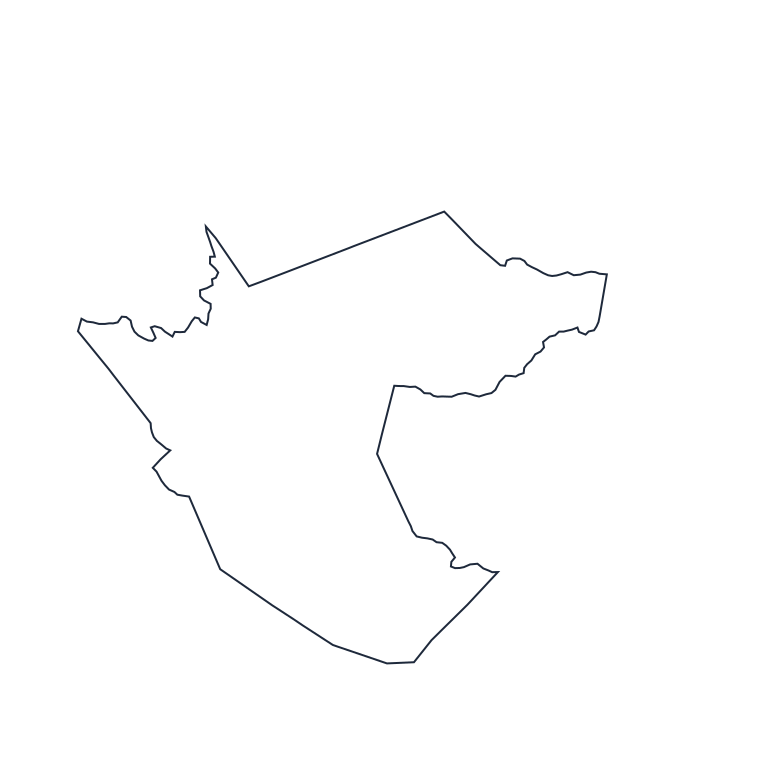 Coreaú, Ceará, Brazil (Mercator projection), rotated 232°
{"feature_id": "56859067B53706765399654", "entity_name": "Coreaú", "entity_type": "district", "adm_level": 2, "iso_a3": "BRA", "parent_name": "Brazil", "parent_adm1": "Ceará", "projection": "mercator", "projection_center": [-40.711, -3.684], "detail": "fine", "context": "isolated", "style": "outline", "palette": "slate", "viewbox_px": 768, "rotation_deg": 232, "n_neighbors": 0, "source": "geoboundaries", "source_scale": "gbopen_adm2", "svg_char_len": 2590}
<svg xmlns="http://www.w3.org/2000/svg" viewBox="0 0 768 768"><g transform="rotate(232 384 384)"><path d="M621.7,185.8L614.0,175.3L579.4,176.0L565.6,176.3L556.9,176.2L496.8,176.0L492.7,173.2L488.8,171.4L483.9,169.9L479.0,170.0L473.6,171.3L467.3,172.6L463.3,174.7L462.2,161.7L460.3,150.2L455.0,150.8L444.8,149.1L439.1,149.0L433.2,149.6L427.9,152.4L424.0,153.0L420.2,156.4L415.3,161.1L338.9,140.9L278.6,159.6L255.0,167.7L243.6,171.4L209.9,183.0L206.0,185.5L162.0,214.3L146.3,236.3L152.9,263.8L154.6,278.3L157.0,299.1L158.7,313.8L165.7,358.0L169.1,353.4L172.6,351.6L177.5,348.7L184.8,347.0L188.8,340.8L190.5,334.2L192.4,330.4L195.2,326.6L199.0,324.4L202.4,327.6L203.6,333.1L208.8,333.5L212.8,334.0L218.3,333.5L223.0,332.1L227.0,328.0L231.5,326.6L235.7,323.1L239.5,319.3L243.8,315.9L250.6,315.9L255.4,317.6L260.6,318.6L319.5,332.3L333.2,335.5L345.9,351.7L376.3,391.0L373.3,394.4L370.3,398.2L365.8,402.5L362.6,407.1L357.3,409.3L352.0,410.1L348.1,414.6L344.2,415.7L341.0,418.4L338.3,422.3L335.1,426.1L332.3,429.5L330.4,436.1L326.8,442.7L322.5,446.1L319.2,448.3L315.6,451.2L313.0,458.2L310.7,463.1L310.8,468.2L314.5,476.4L315.7,484.8L312.2,489.0L308.8,492.3L308.3,496.2L306.6,500.7L310.4,504.5L311.5,509.0L311.8,514.6L314.3,521.4L313.2,527.3L314.3,532.6L319.2,535.2L319.2,539.4L319.4,543.6L317.0,548.8L317.5,554.2L314.7,557.8L313.0,561.6L311.1,565.6L309.4,571.2L305.0,569.7L298.8,573.3L299.4,577.6L297.0,582.6L298.5,586.9L300.8,591.2L304.5,595.5L333.2,627.1L338.3,621.6L341.9,619.5L345.0,616.3L347.3,612.0L349.3,606.1L352.9,600.5L359.1,597.5L361.4,591.2L363.3,586.7L365.6,583.0L368.6,580.3L373.3,577.8L380.1,575.0L385.0,572.5L390.0,570.3L394.5,570.4L399.0,568.4L403.9,562.6L405.7,556.8L402.6,552.2L406.0,548.8L418.4,546.3L431.4,543.7L438.0,542.4L470.5,539.0L482.8,537.6L502.1,474.8L511.3,444.9L512.7,440.1L533.1,373.3L540.1,350.5L542.4,343.2L544.2,337.6L602.5,341.2L617.8,340.6L613.2,337.8L607.4,335.9L602.9,334.4L598.9,332.9L593.2,331.1L588.5,329.1L591.3,325.3L586.0,321.0L579.0,322.1L573.9,322.0L571.3,317.0L572.4,312.9L567.5,309.9L568.6,303.4L571.1,296.7L566.2,293.1L560.7,293.6L553.9,296.7L550.0,293.8L547.6,289.1L543.3,285.3L539.7,280.6L545.6,278.0L549.7,278.5L552.9,275.9L551.8,271.1L549.1,264.3L547.8,259.0L550.5,255.1L553.9,251.2L551.6,246.5L556.1,245.0L560.1,243.6L565.3,242.8L570.7,238.9L572.1,235.1L566.3,233.8L560.9,232.4L560.5,228.1L563.4,225.1L567.5,222.9L573.6,220.3L578.9,219.6L584.3,220.7L590.0,223.4L595.5,222.1L598.5,218.8L596.5,212.1L598.5,207.9L601.0,204.8L603.0,201.3L606.8,196.4L611.7,192.7L616.1,188.3L621.7,185.8Z" fill="none" stroke="#1e293b" stroke-width="2"/></g></svg>